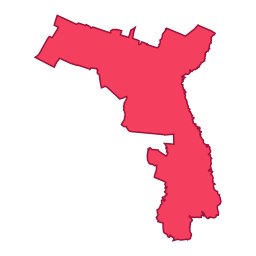 the district of Jantetelco, Morelos, Mexico
{"feature_id": "50627088B92238721973394", "entity_name": "Jantetelco", "entity_type": "district", "adm_level": 2, "iso_a3": "MEX", "parent_name": "Mexico", "parent_adm1": "Morelos", "projection": "albers", "projection_center": [-98.756, 18.67], "detail": "fine", "context": "isolated", "style": "filled", "palette": "rose", "viewbox_px": 256, "rotation_deg": 0, "n_neighbors": 0, "source": "geoboundaries", "source_scale": "gbopen_adm2", "svg_char_len": 5885}
<svg xmlns="http://www.w3.org/2000/svg" viewBox="0 0 256 256"><path d="M209.5,217.0L214.0,217.9L215.6,217.2L216.4,215.8L216.6,215.0L218.2,215.3L218.5,214.5L218.4,212.6L217.2,207.9L217.5,205.8L219.9,204.2L220.6,202.7L220.9,201.4L220.0,197.5L219.3,195.8L219.5,194.8L218.2,194.8L217.7,193.3L217.5,191.5L216.7,191.3L215.0,190.2L213.8,188.7L213.9,187.9L213.3,185.7L213.8,184.6L214.3,184.3L214.9,184.3L214.8,184.0L214.5,183.5L213.4,183.2L212.7,182.6L212.7,181.9L213.1,181.1L212.7,179.8L212.8,178.9L213.1,178.4L213.0,177.8L212.7,176.5L212.1,175.2L210.8,173.8L211.1,173.1L212.1,172.7L212.6,171.5L211.5,170.7L209.4,171.2L208.8,171.0L208.6,170.7L209.7,169.3L210.4,169.9L211.2,169.8L211.4,169.6L210.4,166.1L211.2,164.0L210.8,159.8L210.9,159.2L211.7,158.4L211.6,158.0L210.3,156.8L210.3,154.9L210.1,154.6L208.8,154.8L208.5,154.4L208.6,154.0L209.6,154.0L209.8,152.7L210.4,152.1L210.6,151.5L210.4,150.1L209.6,149.3L209.9,147.3L208.9,146.5L206.8,146.9L206.4,146.3L206.5,145.9L208.3,145.6L208.4,145.0L205.5,144.5L203.9,143.5L203.3,142.1L203.4,140.3L202.2,139.2L201.9,138.3L201.0,137.1L200.2,135.7L200.8,135.1L200.8,134.6L199.9,134.0L199.8,133.3L201.1,132.3L201.3,131.6L201.1,131.3L199.6,131.4L199.4,131.1L199.4,130.0L200.0,128.6L200.0,128.0L199.5,127.3L199.1,127.3L198.2,128.7L197.5,128.9L197.4,128.1L198.3,127.2L197.5,126.5L195.6,126.1L195.1,125.2L195.8,124.8L195.8,124.0L194.3,123.8L193.3,122.9L193.0,122.1L193.2,121.9L193.0,120.9L192.3,119.7L193.7,118.7L193.9,117.8L193.8,117.4L193.0,117.6L192.1,117.3L192.0,116.3L192.5,115.4L191.5,114.7L191.2,113.5L190.6,112.9L190.7,112.2L190.3,111.7L189.3,111.5L189.9,109.2L188.0,108.0L188.4,106.7L187.0,103.3L187.1,101.9L186.6,101.1L186.6,100.1L185.2,98.4L184.9,97.1L185.4,96.2L185.4,95.1L185.2,94.7L184.6,94.4L184.6,93.9L185.0,93.2L185.7,92.8L185.8,92.3L184.1,92.4L184.2,91.9L185.0,91.1L184.9,90.4L184.3,89.7L183.7,89.9L183.4,89.5L183.2,88.9L183.5,88.4L182.7,87.0L182.9,84.9L182.5,84.7L182.1,84.9L181.8,84.8L181.4,84.0L181.4,83.5L181.7,82.6L183.1,81.4L183.1,80.6L182.9,80.3L182.0,80.0L182.2,79.6L183.7,79.3L184.1,77.9L185.0,77.3L184.1,77.0L182.4,77.7L182.0,77.4L182.1,76.2L183.2,76.0L184.2,74.9L185.5,74.4L185.7,73.9L186.8,74.3L187.8,74.3L189.0,73.8L189.5,73.1L189.5,72.5L190.1,72.4L189.9,71.7L190.2,71.1L189.8,70.3L189.9,69.9L190.3,69.9L190.8,71.0L192.0,71.5L192.7,70.4L194.4,69.3L195.1,69.7L196.4,68.8L197.2,68.6L197.1,68.2L197.2,67.4L197.4,67.2L198.1,67.6L198.8,67.4L198.9,67.0L199.5,66.4L199.4,65.2L200.6,64.4L200.9,63.2L202.9,62.0L203.6,61.2L204.6,60.9L204.7,59.7L204.4,59.1L205.0,58.6L204.8,57.4L205.5,55.0L205.0,55.0L204.9,54.6L205.2,54.1L205.3,52.9L205.6,52.5L206.2,52.5L206.8,51.4L208.2,51.1L208.7,49.2L209.6,48.8L209.1,48.1L209.3,47.4L209.5,44.4L211.3,42.8L210.8,41.5L211.3,40.8L211.1,38.9L211.6,36.9L213.1,35.1L214.3,34.8L215.1,33.3L211.1,30.8L200.0,26.1L198.1,25.0L194.6,28.9L185.5,36.1L166.4,28.2L165.5,29.3L165.9,29.6L165.5,30.5L162.5,34.3L162.3,36.6L161.6,38.7L161.2,39.2L159.9,40.1L160.2,41.1L160.2,43.2L159.0,44.7L159.5,45.2L158.7,46.6L157.9,47.4L156.5,47.7L148.6,45.1L147.5,44.1L147.2,44.9L146.4,44.6L146.3,43.6L143.5,42.4L141.3,41.9L140.6,44.3L138.7,44.4L138.9,42.4L139.3,41.0L136.9,39.8L132.6,38.5L133.8,31.8L135.2,27.4L131.4,30.0L131.2,29.9L130.8,30.4L128.7,37.4L120.4,34.9L121.7,30.7L120.7,30.4L116.1,29.4L115.2,29.7L113.1,29.4L110.6,30.9L110.5,31.8L110.8,32.7L110.2,32.9L92.8,27.0L92.1,27.7L91.0,28.2L90.3,26.8L86.4,24.7L86.1,24.6L85.6,25.5L78.5,23.1L76.4,24.3L57.2,15.4L54.2,25.1L58.4,27.3L57.6,28.9L52.2,37.6L49.3,36.5L47.7,38.6L39.5,53.3L37.9,55.4L35.1,57.3L54.2,67.2L56.8,61.9L58.7,59.9L59.4,58.2L70.8,63.4L77.0,65.3L78.3,65.3L82.1,66.5L89.9,69.1L90.0,69.4L91.1,67.9L97.2,68.8L97.1,69.9L97.9,70.3L97.2,71.9L97.5,73.6L99.2,74.5L100.2,81.6L101.4,87.8L104.0,86.9L104.4,86.2L106.9,87.0L113.8,93.4L114.2,93.9L115.5,94.8L119.7,99.0L123.9,97.7L124.3,97.3L126.8,96.6L126.7,98.7L124.2,103.1L124.5,103.3L123.5,106.6L124.0,107.2L123.6,110.0L124.3,110.7L125.2,114.4L125.1,115.1L125.0,116.3L124.6,117.0L124.5,118.6L124.1,120.0L121.4,124.4L122.1,125.4L124.3,126.7L126.6,126.7L126.7,127.9L128.9,130.8L130.7,131.5L163.9,134.6L164.4,135.0L173.6,134.2L173.9,144.2L164.5,143.5L165.4,144.5L166.1,146.1L167.1,147.5L166.7,148.0L166.1,147.7L165.8,148.4L165.9,148.6L166.8,148.8L167.1,149.6L166.5,152.0L167.1,152.0L167.8,152.4L167.3,154.4L166.2,156.1L158.8,151.3L158.4,150.1L153.6,149.5L152.1,149.8L150.5,147.9L149.0,148.1L149.0,149.6L148.0,149.3L148.2,150.6L147.7,152.3L147.3,155.5L147.5,159.8L149.0,163.3L150.3,164.1L152.2,164.2L153.2,164.6L154.3,165.7L156.6,165.4L156.4,169.9L155.9,171.5L156.0,172.1L155.8,172.6L155.3,172.9L155.0,174.6L154.5,175.7L154.4,177.3L164.2,181.4L165.9,182.5L164.8,184.1L165.5,185.4L165.6,186.7L166.7,186.7L167.1,187.2L166.7,187.8L165.4,187.6L165.0,187.8L165.0,188.2L166.0,188.8L166.0,189.5L165.6,191.0L164.6,191.5L164.6,192.0L165.1,192.5L167.0,193.8L167.0,194.7L166.5,195.0L165.7,195.0L165.0,195.9L164.9,196.9L162.9,197.0L162.3,197.3L162.4,198.0L165.1,199.9L165.0,200.6L164.5,201.0L162.6,199.9L161.7,200.2L161.4,201.1L162.2,203.6L160.6,205.0L160.1,206.7L158.6,209.2L157.0,209.9L157.5,212.2L157.5,213.7L158.3,214.6L158.1,215.4L156.3,217.4L156.8,218.7L158.4,220.6L157.9,221.6L163.0,223.0L163.2,229.5L163.6,230.8L163.5,231.5L164.1,232.7L167.3,234.7L167.8,236.5L168.5,237.1L169.2,237.3L169.9,236.6L169.9,235.6L170.3,235.0L171.6,236.8L173.8,237.5L173.7,239.3L173.1,240.6L178.0,239.2L179.5,239.8L181.3,240.0L187.3,239.2L187.5,239.8L190.3,238.7L190.4,239.0L190.8,235.8L191.3,235.7L191.4,234.1L189.8,231.4L190.0,230.3L189.8,228.0L190.0,227.4L189.6,227.3L190.4,224.4L190.2,222.6L191.1,221.9L192.3,220.4L191.6,218.8L189.3,216.8L189.8,215.2L189.8,216.9L190.7,217.2L195.6,217.4L196.2,217.1L197.7,217.2L198.0,217.4L201.3,217.4L201.3,215.5L203.1,215.5L203.4,215.7L201.7,211.1L204.2,213.8L204.9,215.3L205.5,216.0L206.1,217.2L207.4,218.4L208.6,218.4L208.7,217.7L209.5,217.6L209.5,217.0Z" fill="#f43f5e" stroke="#9f1239" stroke-width="1.5"/></svg>